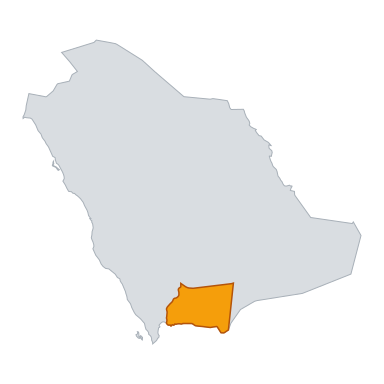 location of Najran within Saudi Arabia
{"feature_id": "SAU-1096", "entity_name": "Najran", "entity_type": "Region", "adm_level": 1, "iso_a3": "SAU", "parent_name": "Saudi Arabia", "parent_adm1": "", "projection": "natural_earth1", "projection_center": [44.686, 18.237], "detail": "fine", "context": "in_parent", "style": "filled", "palette": "amber", "viewbox_px": 384, "rotation_deg": 0, "n_neighbors": 0, "source": "natural_earth", "source_scale": "10m", "svg_char_len": 5061}
<svg xmlns="http://www.w3.org/2000/svg" viewBox="0 0 384 384"><path d="M302.4,293.4L257.0,300.6L254.6,301.3L240.5,309.5L230.9,323.2L228.6,329.6L227.5,330.6L225.5,331.9L223.8,332.8L221.0,332.7L217.8,327.7L217.0,326.7L216.2,326.6L210.1,327.3L197.5,326.0L195.4,325.6L192.6,324.0L191.9,323.6L191.1,323.6L184.6,323.5L181.3,324.0L178.2,323.8L174.9,324.1L173.8,324.7L172.5,324.7L171.7,325.3L171.0,325.5L170.2,325.0L169.2,325.2L167.7,324.7L166.7,323.7L165.8,322.7L164.9,322.2L163.8,321.9L162.9,321.8L161.7,322.4L161.0,323.0L159.2,324.9L159.1,325.5L159.9,326.6L159.7,327.2L158.6,327.8L158.3,329.6L158.1,330.6L157.9,332.9L158.4,334.7L159.1,335.4L159.1,336.2L158.7,337.7L157.7,338.2L157.0,339.7L156.6,340.4L155.8,341.2L152.7,343.9L152.6,342.3L151.6,340.0L151.6,338.4L151.1,336.8L150.3,335.6L148.7,334.3L148.6,332.6L147.5,330.8L146.0,329.4L145.2,326.8L144.5,323.4L140.6,318.9L135.7,314.7L134.2,312.4L131.8,307.6L130.5,303.8L127.3,299.5L127.1,297.8L126.7,295.8L125.9,293.5L125.5,291.7L122.2,283.9L121.2,282.6L120.2,280.8L120.0,279.5L119.7,278.7L117.4,277.5L115.3,274.2L108.8,268.9L105.6,268.4L103.1,266.5L101.2,264.1L99.3,259.8L95.8,255.3L92.9,248.8L93.9,246.4L93.8,244.8L93.0,242.0L92.0,239.8L91.3,237.8L91.9,234.9L92.1,231.6L92.7,229.8L93.2,227.9L92.7,224.1L91.7,222.0L91.8,220.7L90.7,220.0L89.8,218.5L90.8,218.5L89.1,216.4L88.5,215.3L87.9,212.5L87.1,210.3L84.5,205.5L83.3,202.5L80.5,198.7L77.4,195.8L75.5,194.5L74.6,193.4L73.0,193.3L71.3,191.6L70.1,191.6L68.6,191.3L66.8,188.1L65.4,185.1L62.9,181.1L63.5,180.1L64.3,178.4L64.0,176.2L63.6,174.7L62.5,172.0L58.9,165.3L58.0,164.3L56.4,163.2L55.5,160.2L55.1,157.6L52.7,156.3L48.5,146.9L46.1,143.6L45.1,141.4L42.3,137.7L41.0,134.1L38.1,130.7L35.7,124.9L32.0,119.1L30.4,118.1L26.4,117.7L24.7,117.2L23.1,118.5L23.0,116.9L24.2,114.7L25.8,110.0L26.2,105.8L28.9,93.6L45.8,96.8L46.6,96.6L53.2,90.9L57.0,84.4L57.8,83.7L69.2,81.2L69.5,80.9L71.9,75.1L72.1,74.8L72.5,74.4L77.4,71.5L69.7,61.7L61.6,52.4L93.4,42.6L94.0,42.4L96.3,40.1L110.2,42.6L115.6,43.7L117.3,44.6L142.3,60.3L154.7,71.6L183.7,96.5L184.1,96.7L210.2,99.2L212.9,98.6L220.1,99.6L227.3,100.7L228.7,103.6L229.2,105.6L229.7,107.6L231.1,109.5L237.2,109.4L243.4,109.3L244.3,111.1L244.7,112.9L246.4,117.2L248.8,120.5L249.4,121.8L249.8,123.6L249.4,124.3L249.2,125.1L251.0,126.9L253.9,128.5L255.0,128.9L256.3,129.5L255.3,130.6L257.0,133.1L259.0,135.6L261.2,136.1L264.1,139.9L268.4,142.4L271.1,145.6L270.8,145.6L270.1,145.3L269.1,144.9L268.8,145.3L268.9,146.6L269.1,148.2L270.5,149.6L271.7,150.5L272.2,152.4L271.3,156.4L271.0,156.4L270.3,156.1L269.7,156.0L269.3,156.2L270.1,159.1L270.9,161.3L271.9,163.1L272.7,165.6L273.4,166.7L276.3,169.5L277.1,171.7L278.0,176.0L279.8,178.3L280.7,180.2L282.0,181.7L282.9,183.8L284.1,185.5L284.7,185.9L285.6,186.0L286.7,186.0L288.1,185.6L289.5,185.2L290.7,186.1L291.8,185.9L292.0,186.7L291.2,187.7L290.3,190.4L291.7,190.8L293.0,191.0L293.9,191.4L294.4,191.4L294.5,192.0L294.6,194.5L294.9,195.4L310.7,217.5L352.0,223.5L352.3,223.5L353.3,221.9L361.0,235.5L350.9,274.1L302.4,293.4ZM139.5,337.2L140.7,337.4L140.2,336.7L140.1,336.4L140.7,335.6L142.5,337.4L142.4,339.5L142.3,340.0L141.8,339.6L141.4,339.1L141.4,338.6L140.9,338.1L139.1,338.4L138.0,337.8L136.4,336.0L136.0,334.7L136.7,334.5L137.4,333.8L137.8,332.8L137.4,331.7L138.3,331.9L138.8,333.0L138.9,335.5L139.1,336.0L138.8,336.6L139.5,337.2ZM58.6,170.3L58.1,170.3L57.0,169.0L56.4,168.0L55.7,167.3L52.7,166.0L52.3,165.2L52.7,164.4L53.1,165.2L53.6,165.7L56.1,166.9L58.9,169.4L59.4,169.7L58.6,170.3ZM53.8,163.9L53.6,164.2L52.9,163.5L53.0,162.0L53.6,161.1L53.5,162.3L53.8,163.5L53.8,163.9Z" fill="#d9dde1" stroke="#a8b0b8" stroke-width="1"/><path d="M228.4,330.0L226.5,331.2L224.5,332.6L224.1,332.8L223.5,332.9L221.4,332.8L221.1,332.8L220.9,332.6L219.5,330.4L218.3,328.5L217.3,326.9L216.7,326.5L213.0,327.0L210.3,327.5L206.4,327.0L203.3,326.6L199.2,326.2L195.8,325.8L195.0,325.5L192.4,323.7L191.4,323.5L188.7,323.5L188.3,323.5L186.3,323.5L183.0,323.5L182.6,323.6L181.6,324.0L181.1,324.0L180.0,323.8L179.0,323.7L177.4,323.9L176.2,324.2L175.8,324.3L175.2,324.0L174.8,324.0L174.6,324.2L174.3,324.7L174.1,325.0L173.8,325.2L173.4,325.1L172.7,324.7L172.1,324.9L171.9,325.2L171.6,325.6L171.4,325.9L171.0,326.0L170.8,325.9L170.7,325.9L170.6,325.6L170.6,325.2L170.2,325.1L169.9,325.1L169.2,325.1L168.6,325.1L168.3,325.1L168.0,325.0L167.3,324.4L166.5,323.3L166.5,322.7L166.9,320.8L166.9,319.8L166.6,318.6L166.5,318.1L166.5,317.6L166.7,316.8L167.1,312.6L167.1,311.8L166.9,311.0L166.7,310.1L166.5,309.3L166.5,308.8L166.7,308.3L167.0,307.6L167.4,306.9L170.1,303.8L171.9,302.1L172.4,301.4L172.6,301.1L172.8,300.7L173.2,299.7L173.4,299.2L173.8,298.8L174.2,298.5L174.5,298.3L175.7,298.1L176.4,297.8L177.1,297.4L177.8,296.8L178.1,296.5L178.4,296.1L178.6,295.7L178.8,295.3L178.9,294.7L178.9,294.0L178.9,293.3L178.9,292.5L178.3,290.0L178.3,289.6L178.4,289.1L178.8,288.4L179.2,288.0L180.2,287.4L180.5,287.1L180.7,286.9L180.8,286.5L180.8,285.8L180.8,283.4L185.4,286.6L186.5,287.2L187.4,287.6L188.9,288.0L193.1,288.3L231.3,283.7L233.4,283.1L228.4,330.0L228.4,330.0Z" fill="#f59e0b" stroke="#b45309" stroke-width="1.5"/></svg>